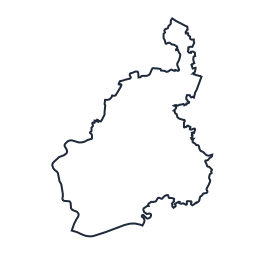 the district of Can Giuoc, Long An, Vietnam, rotated 81°
{"feature_id": "81297802B44556348511886", "entity_name": "Can Giuoc", "entity_type": "district", "adm_level": 2, "iso_a3": "VNM", "parent_name": "Vietnam", "parent_adm1": "Long An", "projection": "orthographic", "projection_center": [106.662, 10.577], "detail": "fine", "context": "isolated", "style": "outline", "palette": "slate", "viewbox_px": 256, "rotation_deg": 81, "n_neighbors": 0, "source": "geoboundaries", "source_scale": "gbopen_adm2", "svg_char_len": 5691}
<svg xmlns="http://www.w3.org/2000/svg" viewBox="0 0 256 256"><g transform="rotate(81 128 128)"><path d="M40.6,78.1L43.1,78.6L45.0,78.7L47.3,77.9L50.5,77.6L50.8,77.0L50.2,75.2L50.2,73.7L52.4,71.5L52.8,69.7L55.1,66.9L56.0,66.7L56.5,66.9L58.1,68.3L58.6,68.3L58.4,66.5L60.6,66.1L62.0,65.6L63.2,64.9L63.8,64.9L65.6,65.4L67.8,66.4L69.5,67.4L71.5,68.9L72.5,69.4L73.8,69.5L78.2,68.4L78.8,68.5L79.1,68.8L79.4,69.7L78.0,72.2L78.3,72.8L78.8,72.9L78.6,73.8L77.3,75.7L77.1,76.3L77.3,76.9L78.5,79.7L78.5,81.4L77.5,82.5L77.2,83.3L76.4,86.4L74.8,86.7L73.9,89.3L72.8,94.1L72.9,94.5L74.3,95.6L77.7,97.7L78.6,98.5L79.3,100.4L79.4,101.6L78.7,106.2L78.8,106.7L79.8,107.6L79.8,108.9L79.7,109.7L75.4,109.3L74.5,109.4L73.8,109.8L73.4,111.8L74.2,115.1L74.4,117.2L75.0,117.7L76.0,118.0L76.6,118.0L77.9,117.4L78.6,117.4L79.2,117.7L79.5,118.5L79.9,123.4L80.3,125.3L80.5,128.6L82.8,130.2L83.3,130.3L83.7,129.9L83.8,129.0L83.6,128.5L83.9,127.9L84.2,127.8L85.1,128.1L86.3,128.8L93.9,135.2L94.0,137.0L93.4,138.5L93.8,138.9L94.7,139.2L95.3,139.7L96.8,141.8L97.0,143.8L96.6,146.2L100.7,147.4L101.9,146.9L109.6,148.9L111.0,149.0L116.5,153.0L117.2,153.8L116.9,155.0L115.1,156.9L115.0,157.2L115.5,157.4L116.9,157.0L116.6,157.7L115.5,159.3L115.4,159.9L116.2,160.1L117.0,159.9L117.5,160.1L117.6,160.7L117.2,162.1L117.4,162.4L117.9,162.6L119.6,162.2L120.2,162.3L120.7,162.5L122.1,164.1L125.1,164.4L125.5,164.7L126.3,166.2L126.7,166.3L127.2,166.1L128.5,164.8L130.1,164.8L132.8,165.3L133.0,165.6L133.5,169.6L134.7,173.1L135.0,175.9L134.5,179.0L131.6,185.0L131.2,186.6L131.4,188.5L131.8,189.8L133.7,192.4L134.3,193.0L135.0,193.3L136.1,193.4L139.3,192.1L140.8,191.8L142.0,191.9L143.4,192.7L144.8,195.3L145.9,200.5L150.0,206.7L151.2,208.0L152.7,208.6L155.8,208.2L157.0,207.6L158.7,206.4L160.1,204.9L161.7,204.3L169.7,204.0L170.9,203.6L172.2,203.0L173.7,202.7L182.7,202.7L185.2,203.0L187.0,203.7L188.3,203.8L189.1,203.5L189.7,202.9L190.1,202.2L191.1,197.8L191.5,197.1L192.4,196.6L193.2,196.4L197.8,196.8L198.5,196.7L199.6,196.2L200.8,194.9L202.4,192.0L203.0,191.3L205.0,190.3L206.1,190.4L207.4,190.9L211.0,193.9L214.2,196.2L220.5,199.6L222.9,194.6L226.4,189.4L227.6,187.2L228.8,183.8L229.2,181.7L229.3,179.2L227.3,166.3L223.3,146.8L222.8,141.3L223.1,138.3L223.5,135.9L225.4,131.0L226.6,129.0L224.0,127.0L222.2,126.2L221.1,126.2L219.1,126.8L217.8,128.2L217.1,128.1L216.6,127.9L216.2,127.1L216.2,126.6L216.7,126.1L217.7,125.6L218.6,124.7L219.7,124.1L220.4,123.2L220.5,122.5L220.4,121.4L219.8,120.2L219.0,119.4L217.9,118.9L217.0,118.8L216.4,119.2L215.8,120.1L215.9,123.0L214.6,124.0L213.9,125.0L212.1,125.6L211.2,125.6L209.9,125.2L208.0,121.2L207.9,120.7L208.3,120.1L208.3,119.8L207.1,120.1L206.4,119.9L205.9,119.4L205.4,118.1L204.6,117.0L204.6,116.1L205.0,114.7L204.9,112.2L204.7,111.9L201.8,109.4L201.8,108.0L202.8,106.6L203.2,105.6L203.1,105.2L201.8,103.8L200.9,102.4L200.5,101.3L200.4,99.5L200.5,99.1L201.0,98.9L202.9,98.7L203.4,98.5L203.7,97.8L203.7,97.0L204.3,95.0L205.0,93.7L205.3,93.5L206.6,94.1L207.8,94.1L208.5,95.4L209.6,96.4L210.2,96.0L211.3,96.4L212.4,96.5L213.9,95.5L212.8,93.3L211.8,93.0L210.6,93.6L210.3,93.4L209.8,92.4L208.8,89.3L209.1,88.6L210.0,89.2L210.4,88.8L211.1,87.5L211.0,85.3L212.9,82.7L212.9,82.3L212.6,81.8L210.2,81.5L209.6,81.1L209.6,80.4L210.3,77.2L211.0,76.8L212.6,77.7L213.1,77.7L214.4,76.6L213.7,74.8L212.4,72.6L212.3,72.2L212.7,72.2L211.9,70.2L211.0,69.1L207.4,67.6L207.0,67.2L206.4,65.8L206.0,65.2L204.6,64.2L204.5,63.7L204.5,61.2L204.3,60.3L203.8,59.7L202.9,59.5L201.3,60.0L200.1,59.8L197.2,57.5L193.9,55.4L192.8,55.0L190.4,55.7L189.0,55.5L186.5,54.4L185.5,52.4L183.8,52.7L182.4,51.6L181.9,51.8L179.0,54.0L178.6,55.2L178.2,55.7L176.4,56.0L173.4,56.9L172.8,56.9L172.3,56.6L172.3,56.4L172.4,55.3L172.2,54.2L170.5,52.2L169.6,50.2L169.1,49.5L167.5,49.0L168.0,52.5L167.8,53.2L167.2,54.7L163.9,57.2L162.9,58.2L162.2,59.6L161.5,60.1L159.7,60.7L157.4,60.8L156.4,61.1L155.9,61.6L155.6,63.3L154.0,64.1L152.6,65.8L152.1,66.3L150.4,66.3L149.0,65.0L149.0,66.6L148.7,67.1L148.4,67.1L148.4,66.1L148.2,65.9L147.5,66.7L147.3,66.1L146.6,66.0L145.9,65.4L145.6,65.5L145.6,65.9L145.2,66.2L144.8,66.1L144.3,65.5L143.9,65.7L143.4,65.4L142.7,65.7L142.5,65.2L142.7,64.5L143.0,64.2L143.3,63.6L140.7,62.3L139.5,62.0L139.2,62.1L139.0,62.3L138.9,63.3L139.5,65.4L139.1,67.0L138.9,67.1L136.8,66.2L136.2,66.9L135.9,67.6L135.0,68.5L135.0,69.1L136.0,70.0L136.0,71.1L136.3,72.0L136.1,72.5L135.2,72.6L134.0,72.2L131.6,72.0L130.1,70.8L129.2,70.8L128.8,71.2L128.7,72.0L126.8,75.9L125.1,77.5L122.0,77.8L121.7,78.3L121.0,78.9L120.1,79.3L118.8,79.2L118.4,79.3L118.0,80.1L116.9,78.4L116.0,77.5L115.4,77.2L114.4,77.3L113.1,79.1L112.8,77.9L112.9,76.8L113.8,75.5L113.0,73.4L113.2,72.4L113.0,69.4L114.4,68.9L113.6,66.9L113.9,66.6L113.5,66.2L112.9,66.2L113.0,65.1L112.6,63.8L112.1,63.6L111.6,63.7L110.6,65.0L109.4,65.3L108.6,65.9L106.4,65.5L104.7,64.5L105.4,61.7L106.4,61.6L107.6,60.9L107.7,60.5L107.3,59.2L107.8,58.9L108.3,58.1L103.4,56.1L101.0,54.2L88.8,47.4L87.9,48.7L87.6,49.8L87.0,50.9L86.4,52.4L85.6,53.4L85.4,54.5L85.1,54.7L84.2,54.9L84.2,55.2L83.9,54.8L83.5,53.7L82.7,53.0L79.9,52.0L79.1,51.9L79.4,54.8L75.6,55.5L75.4,54.6L74.8,54.5L74.4,52.4L71.5,52.8L70.2,52.8L68.0,52.1L67.5,51.5L67.4,50.4L65.6,50.4L64.3,50.1L64.0,50.2L62.8,51.6L62.6,52.2L62.6,53.8L63.6,54.0L63.4,55.4L62.8,56.3L61.5,56.8L61.1,56.4L59.6,56.2L59.3,55.8L58.4,56.0L57.8,55.8L57.5,53.6L57.9,51.7L54.0,49.2L52.6,49.5L50.9,49.2L50.6,51.5L50.1,52.2L49.5,52.7L47.4,52.4L45.9,54.0L43.8,53.9L43.6,54.5L43.8,55.8L43.7,56.1L42.3,56.1L41.4,55.0L40.7,54.8L40.4,54.5L40.2,53.7L37.1,53.6L36.5,54.7L30.0,63.6L26.7,67.2L28.5,68.9L31.5,69.4L32.5,70.2L33.5,72.0L34.0,72.3L35.4,72.8L35.8,73.4L36.1,75.6L37.5,76.9L39.4,76.5L40.6,78.1Z" fill="none" stroke="#1e293b" stroke-width="2"/></g></svg>